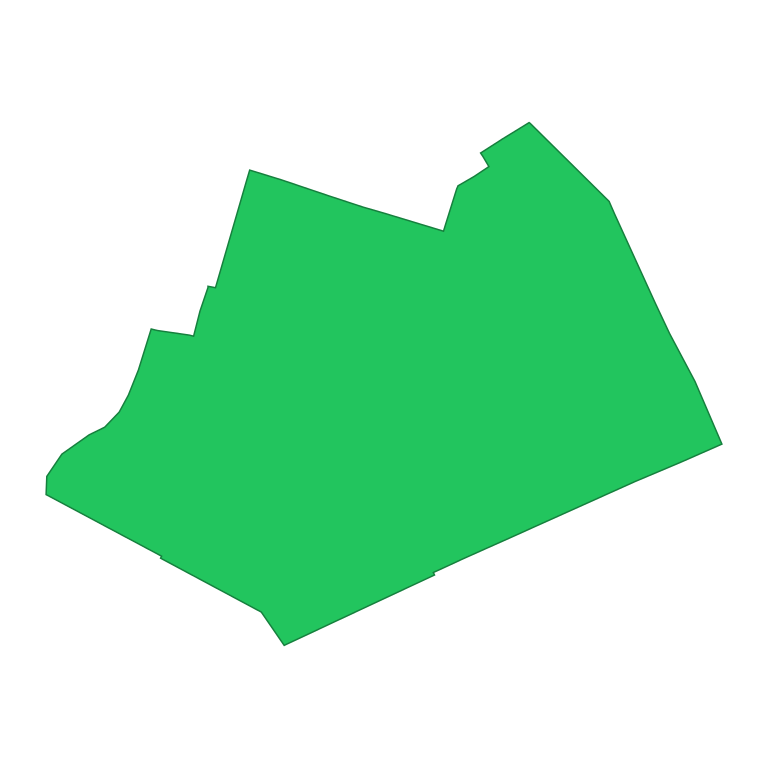 A L Labban, Al Iskandariyah, Egypt
{"feature_id": "37247803B27556754464057", "entity_name": "A L Labban", "entity_type": "district", "adm_level": 2, "iso_a3": "EGY", "parent_name": "Egypt", "parent_adm1": "Al Iskandariyah", "projection": "mercator", "projection_center": [29.891, 31.191], "detail": "fine", "context": "isolated", "style": "filled", "palette": "green", "viewbox_px": 768, "rotation_deg": 0, "n_neighbors": 0, "source": "geoboundaries", "source_scale": "gbopen_adm2", "svg_char_len": 1028}
<svg xmlns="http://www.w3.org/2000/svg" viewBox="0 0 768 768"><path d="M721.9,444.1L695.0,381.5L669.5,333.4L655.2,303.0L614.5,213.8L610.1,203.7L609.5,202.3L609.2,201.5L530.1,123.3L529.5,122.9L529.1,122.6L509.1,134.9L501.9,139.3L500.6,140.2L480.6,153.0L481.8,154.8L482.9,156.4L483.6,157.6L488.9,166.6L474.1,176.5L458.0,185.8L457.8,186.4L456.7,188.9L445.8,223.7L443.5,231.2L389.7,214.9L388.2,214.4L363.0,207.1L328.6,195.8L281.5,179.9L249.7,170.1L246.7,180.2L239.6,204.7L215.5,287.7L208.0,286.3L208.0,287.5L200.0,311.1L193.6,336.2L189.7,335.2L189.2,335.1L160.7,331.0L157.9,330.6L155.2,330.0L151.2,329.0L138.7,369.1L138.5,369.8L128.4,395.1L119.2,412.1L104.7,427.2L89.2,434.8L61.9,454.1L46.8,476.4L46.1,494.6L161.6,556.2L161.0,557.4L160.6,558.2L257.0,609.8L259.2,610.9L261.3,612.1L269.5,624.0L284.2,645.4L285.8,644.6L287.5,643.8L335.3,621.4L407.5,587.6L434.5,575.0L433.3,572.5L443.4,567.9L461.5,559.5L484.7,549.1L513.2,536.4L533.1,527.4L634.9,481.6L681.5,461.9L721.9,444.1Z" fill="#22c55e" stroke="#15803d" stroke-width="1.5"/></svg>